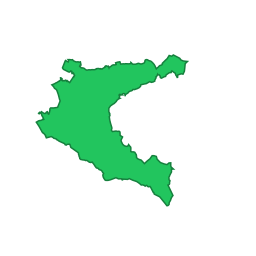 Dezna, Arad, Romania, rotated 66°
{"feature_id": "2599482B61534959495049", "entity_name": "Dezna", "entity_type": "district", "adm_level": 2, "iso_a3": "ROU", "parent_name": "Romania", "parent_adm1": "Arad", "projection": "equal_earth", "projection_center": [22.259, 46.427], "detail": "fine", "context": "isolated", "style": "filled", "palette": "green", "viewbox_px": 256, "rotation_deg": 66, "n_neighbors": 0, "source": "geoboundaries", "source_scale": "gbopen_adm2", "svg_char_len": 5717}
<svg xmlns="http://www.w3.org/2000/svg" viewBox="0 0 256 256"><g transform="rotate(66 128 128)"><path d="M199.1,130.9L203.8,127.0L211.9,124.8L214.8,124.1L215.1,123.2L215.0,122.7L214.6,121.7L214.3,121.4L213.4,121.0L212.8,120.6L211.7,119.0L210.9,118.1L210.4,117.8L209.6,116.9L208.6,115.6L208.0,114.4L196.4,114.7L196.4,113.8L196.4,113.5L195.9,112.7L194.7,112.3L194.0,111.6L193.4,111.4L193.2,111.1L192.9,111.1L192.3,111.5L192.0,111.5L191.7,111.5L190.9,111.1L190.0,110.9L189.3,110.3L189.0,109.8L188.2,109.1L185.8,106.1L183.2,105.1L184.0,103.2L181.1,104.5L179.9,104.3L177.2,103.1L176.6,104.8L177.3,107.2L175.7,109.4L172.8,112.4L168.4,114.1L165.5,113.7L163.9,115.5L163.1,117.2L165.1,120.5L165.9,123.7L167.2,127.5L162.7,129.0L160.9,131.0L159.6,131.9L158.1,132.2L157.3,131.7L155.8,131.3L152.9,131.7L152.1,132.6L151.1,134.7L150.5,135.0L147.6,133.6L146.6,133.3L145.4,133.7L143.4,134.2L143.8,134.6L144.4,135.6L144.4,136.3L143.8,137.4L142.7,138.6L140.7,139.5L137.6,139.6L136.8,139.5L136.0,139.0L134.5,137.2L134.3,136.9L133.9,136.6L131.6,138.2L128.8,137.1L128.2,137.0L127.3,137.5L126.9,138.9L125.9,140.2L124.9,143.7L124.3,143.8L123.5,144.1L122.7,143.7L122.0,143.0L121.0,142.6L116.9,142.1L113.5,141.5L110.0,140.5L109.6,139.8L109.2,139.4L108.9,139.3L107.8,139.3L107.8,138.9L107.6,138.8L105.3,138.9L102.2,137.5L100.7,135.1L100.1,132.0L100.0,130.7L98.9,127.7L98.3,127.2L97.6,124.9L97.6,123.2L96.8,123.9L95.1,122.3L94.4,122.8L93.9,122.3L93.9,121.7L95.1,120.8L95.1,120.0L95.5,119.5L94.9,119.5L94.6,119.3L94.7,118.1L94.9,117.6L95.3,117.2L96.2,117.2L97.8,117.7L96.4,116.7L96.0,113.8L95.3,112.6L95.3,112.2L95.2,111.4L95.2,110.7L95.4,110.0L95.4,108.9L94.9,108.2L94.8,107.7L95.3,107.0L95.6,106.2L95.6,104.9L95.8,104.1L95.7,101.4L95.4,100.6L95.0,99.6L93.7,98.7L94.5,94.8L94.9,93.3L94.5,89.3L95.8,88.1L96.2,86.1L96.0,84.4L95.3,84.2L93.5,81.9L92.6,81.7L92.3,80.5L91.0,79.1L91.7,79.1L92.2,77.8L94.0,77.5L94.5,77.9L95.4,77.8L96.1,77.1L95.9,74.2L96.2,72.7L95.0,71.5L94.3,67.9L94.9,66.0L94.1,65.5L93.7,64.7L97.2,62.6L99.2,62.8L99.9,62.6L101.8,62.5L101.9,62.1L99.8,61.0L100.1,57.4L101.2,55.8L99.1,53.4L96.4,51.8L92.5,49.6L91.4,46.6L89.3,50.2L87.5,51.9L85.3,52.4L79.7,56.9L80.2,58.9L78.5,60.9L80.6,64.0L81.2,65.9L82.9,70.4L83.3,70.4L83.8,70.8L84.1,71.5L83.9,73.6L84.3,74.9L84.8,75.7L84.9,76.6L85.5,78.1L82.3,78.1L80.6,78.3L79.1,78.7L76.8,79.6L75.8,80.4L75.2,81.3L73.7,82.4L73.2,82.9L72.9,83.7L72.9,84.3L73.0,84.7L73.5,85.2L74.2,85.6L74.8,86.2L75.1,86.7L75.2,87.4L75.0,89.6L74.6,90.5L73.3,91.9L73.0,92.7L73.0,93.5L72.8,95.2L72.5,95.7L72.2,96.7L71.8,97.2L71.6,97.8L71.0,98.1L70.7,98.1L70.2,98.5L69.9,98.4L69.3,98.7L70.3,99.2L69.7,101.3L68.3,104.0L68.0,105.3L67.5,106.1L66.6,108.7L64.2,108.5L63.6,110.8L63.4,112.8L65.2,113.0L64.9,114.7L64.3,115.8L64.3,117.2L64.6,118.0L64.9,119.4L64.7,120.3L65.3,120.9L63.5,120.8L63.4,121.8L62.6,122.2L62.6,122.6L62.4,122.9L62.2,123.2L62.3,123.7L62.5,124.1L63.0,124.1L63.4,127.2L63.6,127.4L63.4,128.1L62.8,128.6L62.6,128.9L62.8,129.4L61.9,130.3L61.4,131.2L61.2,132.0L60.9,132.9L61.3,133.4L61.3,133.9L60.9,135.5L60.4,136.3L59.8,137.9L59.7,138.6L59.1,139.6L58.7,140.7L58.5,142.0L57.5,142.9L55.4,144.0L54.9,144.7L54.7,144.9L54.3,145.8L54.1,146.0L54.0,146.3L52.7,146.6L52.2,147.2L51.7,146.8L51.5,146.4L51.2,146.3L51.1,146.0L51.3,145.3L48.2,144.6L48.0,145.8L47.2,146.7L46.8,148.0L46.2,148.9L44.4,150.5L43.0,150.9L42.8,151.8L41.7,153.6L41.2,154.8L41.8,154.6L43.3,155.7L42.2,156.8L40.9,157.5L41.1,158.0L46.4,163.4L46.9,163.3L47.9,163.2L48.6,162.8L49.5,162.0L52.5,159.6L53.1,158.7L53.1,157.9L52.9,157.5L52.6,157.1L53.4,156.3L53.7,156.4L54.8,156.9L55.5,157.0L55.7,156.4L55.6,156.2L55.4,155.7L56.1,155.4L56.6,155.6L58.2,155.4L59.2,156.7L58.9,156.8L62.8,162.8L60.0,164.3L60.6,164.9L60.2,165.2L59.4,165.3L58.9,165.6L58.9,166.4L59.0,166.7L58.9,167.3L58.3,167.9L58.4,168.4L58.1,168.7L57.5,169.1L57.2,169.1L56.6,168.6L56.5,168.2L56.2,168.2L55.9,168.5L55.7,168.5L55.4,168.9L54.8,168.9L54.7,169.2L55.8,169.6L56.5,169.7L56.8,170.1L56.9,170.5L57.0,171.2L57.4,171.7L57.1,172.2L57.5,174.0L57.5,176.0L57.7,176.8L57.6,180.0L60.2,179.1L61.3,179.1L62.4,178.7L63.2,178.1L64.5,177.7L68.7,178.0L70.7,178.3L74.1,178.9L75.6,178.9L80.5,183.9L80.3,184.8L80.0,185.7L79.5,187.7L78.2,190.5L78.6,191.4L78.9,191.5L79.7,192.1L80.1,192.1L80.3,192.4L80.6,192.5L80.9,192.9L81.5,193.1L81.8,193.6L83.0,194.5L83.0,195.0L82.6,195.2L80.3,195.1L80.3,196.0L80.5,196.5L81.2,197.2L80.8,198.2L80.4,198.9L78.0,200.4L78.1,200.5L78.2,201.8L77.7,202.2L78.2,203.7L78.5,203.6L78.9,203.4L78.6,202.1L78.7,201.7L78.9,201.5L79.6,201.4L81.8,201.6L83.9,201.3L84.5,201.5L85.9,201.4L85.9,201.8L85.6,202.4L85.4,202.7L85.7,203.5L85.7,204.1L85.2,206.0L85.1,206.9L85.4,209.4L90.2,208.6L97.3,208.0L97.8,207.6L98.2,207.6L98.6,207.2L101.0,206.4L101.7,206.4L101.7,206.6L103.8,206.6L104.2,204.1L104.6,201.6L106.3,200.3L107.3,199.9L108.3,198.5L108.5,198.3L109.7,197.9L109.8,197.7L109.7,197.6L112.0,196.3L115.6,193.1L116.5,192.3L117.8,192.2L118.5,191.3L118.2,190.3L118.7,188.8L119.1,187.9L119.7,187.8L122.5,188.1L130.4,183.4L132.0,183.9L132.9,183.9L134.1,184.2L135.5,184.2L136.3,184.5L137.4,184.1L138.8,182.2L139.7,180.6L140.5,180.0L140.8,179.0L141.2,178.5L142.8,177.7L143.6,177.1L144.4,176.0L144.6,174.6L147.4,173.9L149.6,173.6L151.6,173.1L152.7,171.7L154.2,171.3L155.5,169.9L156.3,169.4L158.2,169.2L159.6,168.8L160.1,169.4L160.7,170.1L161.8,170.4L163.1,170.6L164.9,170.4L166.1,170.2L166.9,169.5L167.8,167.3L168.2,164.8L168.5,159.2L170.5,157.5L171.8,154.6L173.1,154.4L173.1,154.1L172.3,154.1L174.8,149.2L174.7,147.5L177.8,144.7L179.7,142.6L180.9,141.5L183.8,139.8L184.8,139.5L185.5,139.0L186.0,137.6L187.2,136.4L188.1,136.0L187.9,134.6L188.0,134.3L189.7,133.6L190.1,133.1L190.4,131.6L191.7,131.4L197.2,131.1L197.4,130.7L199.1,130.9Z" fill="#22c55e" stroke="#15803d" stroke-width="1.5"/></g></svg>